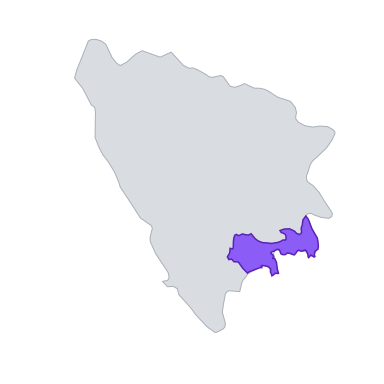 where Foča sits in Bosnia and Herzegovina, rotated 14°
{"feature_id": "BIH-4807", "entity_name": "Foča", "entity_type": "state/province", "adm_level": 1, "iso_a3": "BIH", "parent_name": "Bosnia and Herzegovina", "parent_adm1": "", "projection": "equal_earth", "projection_center": [18.989, 43.593], "detail": "fine", "context": "in_parent", "style": "filled", "palette": "violet", "viewbox_px": 384, "rotation_deg": 14, "n_neighbors": 0, "source": "natural_earth", "source_scale": "10m", "svg_char_len": 3623}
<svg xmlns="http://www.w3.org/2000/svg" viewBox="0 0 384 384"><g transform="rotate(14 192 192)"><path d="M316.0,98.9L316.6,101.0L315.0,108.5L311.9,116.5L306.8,124.8L301.5,132.7L300.1,136.8L299.8,143.5L299.1,148.7L299.9,151.5L301.6,154.2L307.5,156.3L315.4,161.6L322.2,168.4L330.8,176.2L333.5,179.1L333.5,182.2L331.0,184.5L323.6,185.4L315.9,184.7L313.0,183.9L310.2,184.8L308.5,186.6L309.4,188.7L317.3,198.2L326.6,211.8L327.1,217.7L326.0,222.3L323.9,225.5L320.0,224.9L317.1,222.4L312.7,222.6L309.3,223.3L304.8,228.2L302.6,228.0L298.8,228.8L296.3,229.7L292.5,228.3L288.5,227.4L286.7,228.9L286.0,231.8L288.5,237.0L293.1,245.2L292.4,251.5L288.8,252.2L285.5,247.0L282.6,246.1L279.3,246.3L271.8,252.4L266.2,257.5L264.9,261.1L262.9,265.0L262.3,267.8L262.4,277.2L252.3,278.7L250.2,280.1L249.0,282.9L249.8,295.0L250.6,301.5L256.3,311.6L256.5,314.7L255.7,316.8L251.6,320.8L249.6,322.3L248.3,322.7L241.6,320.1L238.5,318.8L225.1,310.0L219.2,305.0L209.8,298.6L204.1,294.9L201.2,289.4L196.6,288.1L191.2,289.9L185.0,285.9L189.4,283.8L190.5,281.8L190.0,279.2L188.1,275.7L171.6,260.6L163.6,250.3L162.3,246.5L162.3,236.7L160.4,234.3L148.3,229.8L134.9,217.1L121.1,204.5L119.2,201.1L112.2,191.6L103.5,183.0L96.6,177.5L91.0,171.3L84.8,162.6L81.7,149.5L79.0,137.8L77.1,133.3L73.1,131.7L60.9,117.9L50.5,109.9L50.7,101.3L52.7,86.9L54.9,70.6L57.5,68.3L62.3,67.1L67.8,67.5L72.6,69.5L81.8,80.7L87.2,85.0L91.7,86.7L97.1,82.0L103.7,72.2L109.4,67.0L128.5,68.9L137.9,61.3L153.0,71.2L159.2,72.7L162.7,71.4L167.5,72.0L178.1,74.9L180.6,76.1L183.8,75.9L191.7,72.0L194.4,72.5L203.3,80.1L207.8,80.2L213.3,76.9L216.8,74.1L227.1,76.2L233.0,74.9L238.0,74.8L243.3,76.1L248.1,77.9L252.9,79.4L265.6,80.2L271.8,85.0L274.2,89.7L274.3,92.6L274.8,95.7L278.4,98.7L286.1,100.4L290.9,100.0L293.5,99.8L300.1,97.1L307.8,95.7L313.4,97.3L316.0,98.9Z" fill="#d9dde1" stroke="#a8b0b8" stroke-width="1"/><path d="M294.5,230.8L293.2,230.4L292.3,229.2L291.5,227.8L290.4,226.8L288.7,227.0L287.6,227.7L285.9,229.6L284.5,230.3L283.8,230.7L283.4,231.5L283.4,232.4L284.1,232.9L285.3,233.2L285.8,233.5L286.8,234.9L286.7,235.6L286.4,236.4L286.4,236.9L288.0,236.5L288.6,236.8L291.1,240.1L293.3,245.9L295.6,249.9L295.0,250.4L293.1,250.5L292.2,250.9L292.1,251.1L291.7,251.6L291.2,252.5L290.6,253.3L289.8,254.0L289.6,253.5L289.6,253.4L288.1,251.5L287.4,250.5L287.2,249.6L287.3,249.0L287.2,248.3L286.7,247.6L284.7,246.3L282.9,245.8L278.5,246.2L277.1,246.8L277.4,247.2L277.8,248.1L278.0,248.5L276.1,249.0L266.6,255.7L265.5,257.3L263.1,255.8L259.8,253.8L253.8,248.7L249.6,249.5L246.6,247.5L244.1,248.7L242.0,246.4L243.3,242.0L242.6,237.4L245.2,237.4L245.5,236.1L244.8,232.9L244.1,229.7L243.7,226.0L244.0,223.5L244.1,223.4L244.6,222.9L245.2,222.4L248.1,223.0L251.0,220.5L254.4,220.5L257.2,220.1L259.5,218.2L259.6,218.3L264.4,221.9L267.7,223.4L272.7,224.1L275.0,223.6L278.9,223.0L281.9,222.6L284.3,221.5L287.6,220.1L290.1,218.3L291.9,216.5L294.2,216.1L294.6,214.7L293.8,212.0L292.5,210.4L290.1,209.8L288.4,209.8L286.7,208.1L290.5,205.6L295.6,204.1L301.0,205.2L303.4,206.8L306.7,207.2L308.2,204.8L306.7,200.9L307.0,197.4L306.4,192.3L307.0,190.8L308.2,187.8L310.8,189.7L313.0,192.4L317.0,198.4L324.6,206.2L326.1,209.3L327.9,214.7L328.0,217.2L326.1,219.0L325.8,220.2L325.7,221.5L325.8,222.9L326.1,223.9L326.7,224.4L326.9,224.8L326.7,225.2L326.1,225.6L323.3,224.5L322.4,224.6L321.5,226.7L320.9,227.5L320.3,226.7L319.7,225.0L318.6,223.2L317.3,221.6L316.1,220.9L315.3,221.2L313.6,222.5L312.7,222.9L311.8,223.0L309.9,222.7L309.1,222.9L308.1,224.5L307.4,226.6L306.5,228.3L304.9,228.3L301.4,227.8L299.5,228.0L297.5,230.2L296.1,230.7L294.5,230.8Z" fill="#8b5cf6" stroke="#5b21b6" stroke-width="1.5"/></g></svg>